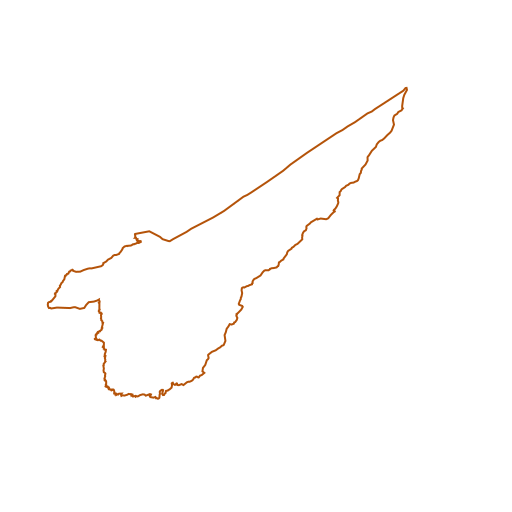 outline of Banda, Brong Ahafo, Ghana, rotated 64°
{"feature_id": "2480657B21856882152043", "entity_name": "Banda", "entity_type": "district", "adm_level": 2, "iso_a3": "GHA", "parent_name": "Ghana", "parent_adm1": "Brong Ahafo", "projection": "equal_earth", "projection_center": [-2.367, 8.353], "detail": "fine", "context": "isolated", "style": "outline", "palette": "amber", "viewbox_px": 512, "rotation_deg": 64, "n_neighbors": 0, "source": "geoboundaries", "source_scale": "gbopen_adm2", "svg_char_len": 6138}
<svg xmlns="http://www.w3.org/2000/svg" viewBox="0 0 512 512"><g transform="rotate(64 256 256)"><path d="M340.0,360.6L339.0,358.8L339.2,357.0L338.4,353.7L336.2,354.7L333.3,352.7L331.7,349.4L328.1,345.9L327.7,344.4L326.9,343.3L324.3,342.6L323.8,342.2L322.8,337.6L323.1,333.5L322.5,330.4L322.4,328.3L321.7,326.0L321.9,324.6L321.8,324.0L318.9,320.7L313.3,318.9L311.3,316.6L308.5,314.2L307.3,311.8L305.7,309.5L306.9,308.0L307.1,305.6L306.2,304.8L306.3,303.7L305.0,301.3L303.5,299.9L301.1,299.9L300.3,298.9L299.7,299.0L299.3,297.1L297.7,292.7L295.9,290.2L294.8,290.3L292.5,292.5L291.5,292.5L288.7,289.6L288.3,288.8L286.6,287.7L286.3,287.0L283.3,284.7L280.5,284.0L278.7,282.8L278.5,282.1L278.6,281.0L279.2,280.4L279.1,277.5L279.5,275.9L279.3,274.9L279.7,272.0L279.0,271.6L278.8,270.8L277.9,270.6L277.2,270.0L276.2,268.4L275.9,267.5L276.0,265.4L275.5,260.5L273.6,257.2L272.8,255.0L272.9,253.8L274.3,251.1L274.1,249.4L273.7,249.1L273.9,247.2L274.6,245.4L275.3,242.5L274.7,241.1L274.8,240.5L273.7,239.4L271.8,238.2L271.8,237.2L271.2,235.3L271.1,232.9L270.4,232.4L268.0,227.6L266.4,226.3L265.5,224.8L265.0,220.9L264.3,220.2L264.2,218.3L263.3,215.8L263.3,213.4L261.3,207.1L259.5,206.4L258.1,205.3L257.5,205.4L255.8,203.6L254.9,202.1L254.7,199.9L253.2,198.4L252.0,198.1L251.2,197.3L250.4,193.2L249.8,192.0L249.2,184.9L250.1,184.7L250.7,181.4L253.2,177.6L253.7,176.8L253.8,175.1L253.7,174.4L251.9,170.7L250.6,166.9L250.6,165.9L250.4,165.6L249.1,166.2L248.7,165.6L248.2,163.9L246.8,161.6L244.7,159.1L243.7,158.4L242.3,158.2L240.3,157.1L239.3,157.6L238.0,154.2L235.2,152.8L234.8,151.4L233.8,150.2L233.5,149.3L233.1,145.8L232.4,144.2L232.5,141.7L231.9,140.2L232.0,138.4L232.8,136.1L232.7,134.1L232.9,132.4L232.6,131.2L231.3,129.7L227.9,126.9L227.2,125.3L225.7,124.4L224.6,123.0L223.7,122.6L221.8,117.5L219.1,113.8L216.2,112.5L215.7,111.9L215.2,110.6L212.2,105.7L210.5,100.4L208.6,98.5L207.3,95.7L206.9,93.8L207.1,91.7L206.5,89.2L204.9,85.0L203.9,81.4L202.9,79.3L198.4,74.4L193.9,73.3L191.7,71.6L190.4,70.0L190.1,66.8L189.0,65.0L188.9,61.4L187.7,59.3L187.1,59.7L185.3,58.9L178.6,54.4L176.1,52.0L172.9,47.5L170.9,47.0L170.6,48.0L172.0,51.1L176.1,84.7L176.9,88.6L176.7,93.3L179.1,108.3L179.7,116.8L180.7,123.1L180.9,129.8L185.6,164.7L188.9,184.9L191.3,194.3L194.3,213.7L196.8,232.4L197.3,237.1L197.2,241.3L201.5,265.0L202.6,277.8L203.1,302.3L203.9,307.9L204.5,323.2L204.9,327.0L204.2,328.1L199.9,332.6L196.7,333.9L187.0,341.1L183.2,355.0L183.7,355.4L184.4,355.4L185.0,355.9L186.3,356.1L186.6,356.8L187.1,355.9L188.5,356.1L188.5,355.5L188.9,355.1L189.6,356.1L190.1,356.2L190.8,355.8L191.0,354.7L191.7,354.2L192.0,353.2L192.8,353.3L192.9,355.7L192.1,357.1L192.2,358.9L191.8,360.2L192.0,360.6L191.5,361.6L191.8,363.1L191.7,364.1L190.8,366.3L190.8,367.0L190.3,367.4L189.8,370.0L190.5,372.4L191.4,373.2L192.9,375.8L193.7,377.8L194.1,378.1L193.8,381.2L193.1,382.7L193.1,384.2L194.3,386.9L194.4,390.7L195.3,393.0L195.5,396.4L196.0,396.5L197.0,397.7L197.3,399.7L195.1,409.1L194.2,410.9L193.7,412.6L193.1,417.0L193.0,420.9L191.3,424.7L189.1,426.9L188.1,426.8L187.8,427.1L188.0,427.7L187.8,429.1L188.4,430.0L188.2,430.8L189.6,432.4L189.3,433.8L189.9,434.4L189.9,435.4L190.5,436.0L190.2,436.4L192.9,438.5L193.9,440.5L194.7,441.3L195.1,442.9L196.2,444.1L196.7,445.3L198.0,445.7L198.8,448.0L200.0,449.5L200.0,450.1L200.5,450.0L201.0,450.7L200.9,451.2L201.6,452.3L201.4,452.8L201.9,453.4L202.9,453.2L204.3,454.0L206.4,458.5L206.6,459.9L207.0,459.9L207.1,460.4L206.7,462.4L206.9,463.4L208.5,464.5L210.3,465.0L212.0,464.9L212.5,463.6L213.4,463.1L215.1,457.5L221.3,445.9L222.1,442.4L222.8,440.9L226.3,437.5L227.4,433.1L225.6,430.2L224.2,426.6L225.9,421.7L226.4,418.3L226.3,416.3L227.1,416.8L227.9,416.4L228.6,416.6L228.9,416.8L229.2,417.8L230.1,417.6L234.5,419.8L235.7,420.0L235.9,421.0L237.0,421.6L238.1,421.2L238.5,421.4L238.7,420.6L239.1,420.7L239.6,420.0L240.4,420.0L241.0,421.2L243.0,421.9L244.2,422.8L245.0,422.7L245.8,423.2L247.3,422.7L248.8,423.3L249.1,422.8L252.4,425.6L253.2,425.6L253.3,426.4L254.0,426.5L254.7,427.3L254.7,428.2L255.3,429.2L254.9,429.7L255.1,430.4L254.9,431.4L255.5,432.4L256.0,432.0L256.3,434.0L256.8,434.0L256.9,434.9L259.7,435.8L259.8,437.2L260.1,437.3L260.7,436.9L260.8,436.2L260.5,436.0L261.5,435.3L261.9,435.6L262.4,435.0L262.3,434.4L262.7,433.7L262.6,433.3L264.0,432.8L264.3,432.0L267.2,430.7L269.2,431.7L270.6,433.6L270.9,433.4L271.0,432.6L272.5,433.4L272.7,433.0L273.8,433.2L274.5,432.0L276.2,433.1L277.9,434.9L278.8,435.4L279.2,435.2L279.5,435.8L280.0,435.4L280.4,436.2L281.1,436.1L282.0,436.8L282.9,436.8L284.6,437.8L284.9,437.6L286.2,440.2L287.4,440.7L287.5,441.2L290.5,442.1L292.0,443.2L293.7,443.7L295.2,442.9L295.7,442.9L297.2,444.1L297.9,444.2L299.8,446.0L300.7,445.8L301.1,446.5L301.6,446.5L302.2,445.7L302.8,445.6L304.7,446.4L305.8,447.4L306.2,447.2L307.3,448.4L307.9,448.0L308.1,446.8L308.7,447.0L309.2,446.0L309.7,445.9L310.2,446.7L310.7,446.7L311.0,446.2L311.4,446.5L312.5,445.1L313.4,444.9L313.5,443.9L312.8,444.1L313.4,442.8L313.8,442.5L315.6,442.7L317.3,443.7L317.7,442.8L319.0,443.2L319.2,442.9L319.0,442.2L319.6,442.4L319.5,441.6L319.9,440.9L319.6,440.8L319.7,439.5L320.7,437.2L321.1,438.1L322.7,438.3L322.6,437.2L323.8,435.4L324.3,432.3L324.1,431.0L325.1,429.6L325.2,429.0L325.8,428.4L326.2,428.9L326.7,428.3L326.9,428.5L326.9,427.9L327.8,428.2L328.0,427.9L328.4,428.0L328.9,425.7L329.7,425.8L329.6,424.8L330.3,424.0L330.4,423.3L330.2,421.2L330.7,418.4L331.7,416.9L333.2,416.3L333.6,411.9L334.4,411.1L335.0,411.8L335.0,412.9L336.5,412.8L338.4,410.2L338.6,408.2L340.0,408.2L340.2,407.4L341.0,407.1L341.4,406.3L341.2,405.2L340.9,404.9L338.4,403.4L337.9,402.8L335.9,402.1L335.3,401.3L335.0,399.4L335.5,398.4L335.9,398.3L338.7,400.8L340.2,400.6L340.6,399.6L339.7,398.5L339.6,397.5L337.8,396.0L338.3,394.3L338.1,394.0L338.0,392.1L337.3,389.6L335.3,388.1L333.6,387.6L333.3,386.8L333.4,386.3L334.8,386.4L336.3,385.4L336.4,384.3L335.8,383.8L335.7,383.2L336.0,382.9L337.4,383.2L337.8,382.8L338.3,381.9L338.5,379.0L340.2,377.8L339.2,373.4L339.4,371.7L339.9,370.9L340.0,368.5L339.5,366.7L338.4,365.2L338.3,364.5L338.6,363.8L338.2,362.7L338.4,362.1L339.9,361.1L340.0,360.6Z" fill="none" stroke="#b45309" stroke-width="2"/></g></svg>